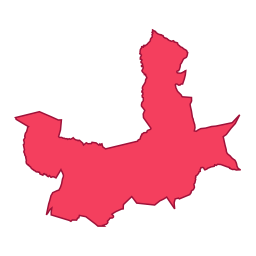 outline of Chenalhó, Chiapas, Mexico
{"feature_id": "50627088B91790774450197", "entity_name": "Chenalhó", "entity_type": "district", "adm_level": 2, "iso_a3": "MEX", "parent_name": "Mexico", "parent_adm1": "Chiapas", "projection": "natural_earth1", "projection_center": [-92.559, 16.972], "detail": "fine", "context": "isolated", "style": "filled", "palette": "rose", "viewbox_px": 256, "rotation_deg": 0, "n_neighbors": 0, "source": "geoboundaries", "source_scale": "gbopen_adm2", "svg_char_len": 5776}
<svg xmlns="http://www.w3.org/2000/svg" viewBox="0 0 256 256"><path d="M239.7,114.8L232.2,122.7L215.9,126.1L211.6,126.5L205.6,128.1L200.8,128.6L198.2,129.9L196.2,131.3L194.3,130.9L195.0,127.8L194.7,124.7L193.4,120.7L193.2,119.2L192.4,117.3L191.4,110.8L190.6,107.4L190.1,104.8L190.2,103.9L191.1,102.2L191.6,100.9L191.5,97.5L182.3,96.8L182.0,96.6L181.1,94.9L177.9,91.7L177.1,90.6L176.8,89.7L175.8,87.6L175.6,85.9L175.3,84.9L175.7,84.2L176.4,84.0L177.3,84.2L178.5,85.1L179.0,85.1L180.1,85.0L180.5,84.5L181.4,84.0L181.9,83.8L182.6,84.0L184.3,79.0L185.3,75.0L185.8,70.6L184.9,70.9L184.7,71.7L183.7,71.7L182.7,72.4L180.8,73.2L178.7,73.1L177.3,72.8L177.0,72.3L176.8,71.9L177.1,71.1L178.1,70.7L178.6,70.8L179.5,69.2L179.8,67.9L180.0,67.4L180.3,65.8L180.3,64.8L180.5,64.2L181.4,63.1L183.3,59.3L184.0,58.6L186.2,57.4L186.8,56.5L187.3,54.9L187.7,52.5L187.2,52.2L186.8,50.9L186.0,50.1L183.8,48.9L182.2,47.5L181.1,47.1L180.3,46.6L179.5,45.8L178.1,44.7L177.8,44.2L177.6,43.1L177.3,42.8L174.9,42.1L174.2,42.0L174.0,41.3L173.7,40.9L173.3,40.7L171.9,41.2L171.2,41.3L170.6,40.9L168.9,40.3L168.3,39.6L167.9,39.6L167.6,39.4L167.2,38.7L166.5,38.4L166.2,38.2L165.7,38.4L165.2,38.2L165.0,37.8L164.1,37.5L163.6,37.0L163.1,35.7L162.8,35.5L162.6,35.7L162.2,35.6L161.3,34.8L160.7,34.9L160.4,34.6L159.9,34.6L158.3,34.1L156.1,32.6L155.5,31.5L154.9,31.5L154.7,31.1L154.0,30.8L153.7,30.8L153.3,30.6L152.9,30.0L152.6,29.9L152.6,30.5L152.7,31.5L152.0,32.3L152.2,32.6L152.8,32.9L152.8,33.2L152.7,33.7L152.0,34.5L152.3,35.9L152.2,36.5L152.1,37.1L151.3,37.9L150.5,39.2L150.3,40.6L150.1,40.9L150.0,41.3L147.5,43.8L147.2,44.4L146.3,44.8L145.3,45.7L144.8,45.8L144.2,45.3L143.9,45.3L143.7,45.6L143.6,46.8L143.3,47.2L142.9,47.1L142.3,46.5L141.7,46.7L141.4,48.2L140.8,48.8L140.4,49.5L140.1,51.2L140.1,52.8L140.0,53.4L139.8,53.6L139.9,53.9L140.7,54.1L141.0,54.7L141.4,55.1L141.3,55.7L140.8,56.7L140.5,57.0L140.3,57.8L140.5,58.0L140.2,59.0L141.0,59.4L141.5,59.4L141.8,59.7L141.8,60.5L141.0,61.7L141.0,62.3L141.1,62.7L141.8,62.9L142.1,63.3L142.5,64.0L142.6,64.5L142.5,65.0L141.5,65.6L141.5,66.2L141.6,66.5L142.1,66.6L142.6,66.0L142.8,66.0L143.2,67.5L143.1,68.3L141.9,70.7L142.1,71.2L143.0,72.5L144.0,73.3L144.4,74.6L145.3,74.3L145.6,74.4L145.6,75.3L146.6,77.0L146.9,77.9L146.4,78.3L145.6,79.9L145.4,82.0L144.0,84.5L143.0,86.0L142.4,87.4L142.4,88.7L142.8,89.5L142.7,90.0L142.0,90.9L141.8,91.9L142.4,91.9L142.4,92.2L142.7,92.4L142.9,93.8L142.8,94.8L142.2,95.2L142.0,95.9L142.4,96.6L142.4,97.3L143.3,97.7L143.3,100.6L143.1,101.0L142.3,102.0L141.8,102.9L141.4,104.9L141.5,106.1L144.8,110.4L143.2,114.0L143.5,117.7L150.8,128.0L150.9,128.8L150.5,129.3L147.7,130.4L147.0,131.2L146.8,132.2L146.6,132.5L144.1,132.7L143.6,132.9L143.5,133.2L142.8,133.5L142.5,133.9L141.7,134.2L141.6,135.4L141.0,136.0L140.6,137.0L140.2,138.7L140.0,139.1L138.3,139.9L137.9,140.4L137.6,141.2L105.5,148.9L102.7,146.8L101.9,143.8L101.2,144.1L101.2,144.8L100.6,145.1L99.8,144.0L98.9,145.1L96.1,142.9L92.0,142.3L91.5,143.5L88.1,143.8L86.3,142.8L83.5,145.0L82.8,143.2L79.5,140.3L78.7,140.3L78.1,140.7L77.6,140.2L77.1,140.2L75.4,139.7L74.3,138.9L73.2,137.7L72.3,138.4L70.3,139.3L69.2,138.7L67.7,139.4L67.1,138.7L65.2,138.7L64.0,138.1L63.2,138.3L61.7,137.4L59.3,137.4L58.8,136.7L58.6,136.5L60.5,129.9L61.4,119.9L58.3,120.0L51.0,116.7L39.4,111.7L15.4,117.6L16.1,118.6L16.1,119.3L28.5,126.7L27.6,127.5L27.4,128.8L26.5,131.8L25.5,133.1L25.2,134.0L24.7,136.3L25.1,137.0L25.1,137.4L23.6,140.0L24.3,142.5L24.1,144.1L23.4,144.7L24.5,149.9L24.2,150.4L23.8,151.9L24.5,153.3L24.9,155.2L25.9,156.9L25.7,157.4L26.4,160.5L26.1,161.2L26.3,163.1L27.0,164.1L27.7,164.6L28.5,164.8L28.7,165.2L28.5,165.4L29.8,166.3L29.9,166.6L30.5,166.8L31.3,168.3L32.7,169.4L33.2,169.7L33.5,169.7L33.6,170.0L34.1,170.5L34.9,170.7L36.0,171.7L36.6,171.9L37.4,172.0L37.9,171.8L38.4,172.2L39.5,172.3L40.0,174.0L42.9,175.2L43.6,173.8L44.4,174.1L44.7,173.8L45.2,174.6L46.0,174.8L46.5,174.6L46.6,175.3L47.1,175.9L47.6,176.3L48.0,176.2L48.3,176.6L49.5,175.6L50.8,177.2L51.2,177.3L52.5,176.7L53.1,176.9L53.4,176.7L54.6,177.1L55.0,177.5L56.0,177.9L60.9,169.7L61.2,170.5L61.7,171.1L62.5,172.8L63.4,175.1L63.3,176.9L62.5,178.9L61.6,183.8L60.3,187.6L58.8,190.2L57.5,190.5L52.7,192.7L52.3,193.5L51.0,195.7L49.8,200.4L48.7,203.9L46.4,214.9L47.4,213.5L48.0,212.8L49.0,211.0L50.4,209.1L51.8,208.0L51.2,212.1L51.2,214.9L69.3,220.4L70.9,221.3L72.3,220.0L76.6,220.1L77.6,218.1L78.8,217.8L79.4,215.4L85.9,216.7L95.6,224.1L97.9,226.1L104.2,226.1L103.2,225.3L103.7,225.2L104.9,224.6L106.1,224.3L107.2,223.4L107.8,222.6L107.8,221.8L107.4,221.1L109.1,219.5L109.9,218.2L112.5,217.9L113.4,217.1L113.5,216.6L113.4,215.9L111.9,214.2L113.6,213.0L115.9,211.6L121.4,209.1L123.2,208.9L123.3,206.0L123.5,204.5L131.7,196.6L133.5,198.8L136.7,203.1L154.7,205.0L160.0,200.7L160.4,200.6L163.7,199.0L166.7,197.1L174.7,208.9L174.2,204.1L174.2,202.4L175.2,198.9L178.5,198.1L179.3,198.9L189.9,194.5L190.4,193.3L190.8,193.2L191.0,192.6L191.3,191.9L191.3,191.1L192.3,190.2L193.2,189.8L193.7,189.0L194.4,187.5L194.3,186.0L193.9,184.9L194.0,184.1L194.6,183.2L194.9,182.9L195.4,180.3L195.7,179.6L195.4,178.2L195.9,177.0L195.6,176.4L195.7,176.1L196.2,175.6L197.2,175.0L198.6,173.2L199.2,171.7L200.2,171.4L200.3,171.2L200.1,170.0L200.1,169.4L200.7,168.6L200.8,167.9L201.0,167.6L202.8,167.4L203.7,168.0L204.4,169.3L204.9,169.9L207.1,168.9L207.5,168.4L208.1,168.1L211.1,166.9L214.2,166.3L214.7,164.8L216.2,165.4L217.7,164.3L220.9,164.5L226.8,166.7L229.7,167.6L229.6,168.3L232.5,169.5L234.7,169.4L236.2,170.0L239.4,169.8L240.6,170.0L238.2,168.4L237.9,168.0L237.0,166.2L236.6,164.1L236.3,163.0L235.5,161.2L234.8,160.1L234.4,159.8L233.9,159.6L231.9,158.0L230.0,155.8L227.9,154.2L226.9,152.9L226.4,151.5L226.2,149.6L225.0,145.0L223.2,136.7L226.3,134.5L231.0,128.3L235.3,123.5L239.7,114.8Z" fill="#f43f5e" stroke="#9f1239" stroke-width="1.5"/></svg>